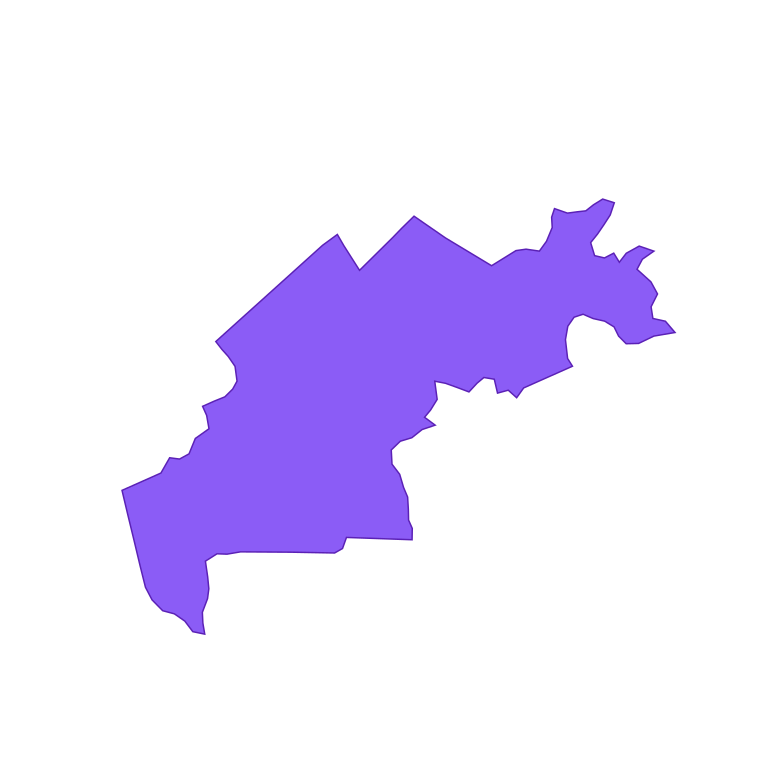 Palmácia, Ceará, Brazil (orthographic projection), rotated 156°
{"feature_id": "56859067B92857747427809", "entity_name": "Palmácia", "entity_type": "district", "adm_level": 2, "iso_a3": "BRA", "parent_name": "Brazil", "parent_adm1": "Ceará", "projection": "orthographic", "projection_center": [-38.86, -4.125], "detail": "fine", "context": "isolated", "style": "filled", "palette": "violet", "viewbox_px": 768, "rotation_deg": 156, "n_neighbors": 0, "source": "geoboundaries", "source_scale": "gbopen_adm2", "svg_char_len": 1640}
<svg xmlns="http://www.w3.org/2000/svg" viewBox="0 0 768 768"><g transform="rotate(156 384 384)"><path d="M137.7,429.1L128.0,434.1L118.4,440.0L108.6,446.4L99.9,455.9L109.0,464.0L119.8,462.5L129.2,460.1L137.4,462.7L146.9,465.5L156.9,474.9L163.0,468.2L166.7,458.5L177.5,448.3L188.0,442.2L199.4,449.4L209.2,452.2L237.6,448.3L268.4,492.4L282.6,515.7L288.3,525.1L304.7,519.0L316.6,514.2L360.1,497.8L364.4,526.6L365.8,539.6L383.7,535.7L520.4,491.2L518.0,481.5L515.1,472.5L512.9,460.7L517.1,446.4L524.3,440.9L534.6,437.0L546.1,437.4L558.8,437.4L558.8,427.4L562.1,414.3L578.5,411.0L590.5,399.5L601.3,398.6L609.8,403.8L624.0,393.4L666.6,393.4L671.2,368.9L676.0,342.6L680.8,316.9L684.6,295.3L683.7,281.1L678.4,266.9L669.0,259.3L662.4,248.4L659.4,235.5L649.5,228.4L646.7,239.3L642.8,249.3L632.5,259.7L627.3,268.2L623.5,279.6L619.2,294.8L605.6,296.8L596.6,292.4L583.3,289.0L537.6,268.3L497.8,249.7L488.8,250.6L480.7,259.1L421.7,230.3L416.9,240.6L416.9,249.7L412.7,259.7L408.4,271.1L408.2,281.5L406.4,295.1L409.3,307.5L404.2,320.8L392.4,325.1L380.4,323.6L367.7,326.9L354.0,325.6L360.5,337.1L352.0,341.3L341.7,348.3L336.5,365.9L327.5,359.6L317.9,350.4L309.6,342.2L298.6,346.9L290.1,349.3L281.3,343.5L284.0,329.5L273.0,327.8L268.4,317.5L258.0,323.6L204.6,323.6L205.9,332.6L200.2,350.7L192.6,362.0L183.2,367.7L173.8,366.8L166.3,358.7L156.9,351.7L150.6,342.6L150.2,332.3L146.4,322.3L134.9,317.5L118.0,318.0L97.2,312.7L101.4,326.9L111.7,334.5L108.6,345.9L97.5,355.0L98.6,368.7L106.2,385.9L97.2,392.9L83.4,395.6L94.8,406.2L109.5,404.9L119.5,399.5L120.9,410.1L131.3,409.5L139.4,415.6L137.7,429.1Z" fill="#8b5cf6" stroke="#5b21b6" stroke-width="1.5"/></g></svg>